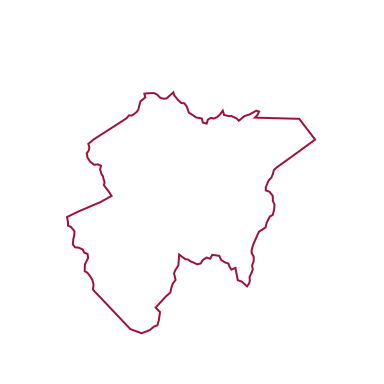 Santana de Mangueira, Paraíba, Brazil, rotated 332°
{"feature_id": "56859067B83956066000266", "entity_name": "Santana de Mangueira", "entity_type": "district", "adm_level": 2, "iso_a3": "BRA", "parent_name": "Brazil", "parent_adm1": "Paraíba", "projection": "orthographic", "projection_center": [-38.328, -7.628], "detail": "fine", "context": "isolated", "style": "outline", "palette": "rose", "viewbox_px": 384, "rotation_deg": 332, "n_neighbors": 0, "source": "geoboundaries", "source_scale": "gbopen_adm2", "svg_char_len": 2119}
<svg xmlns="http://www.w3.org/2000/svg" viewBox="0 0 384 384"><g transform="rotate(332 192 192)"><path d="M73.2,284.1L81.1,293.0L89.8,294.1L95.2,293.0L98.9,293.4L102.3,289.9L107.4,283.0L105.6,277.0L119.7,272.0L125.7,270.6L128.5,267.2L132.0,263.9L136.2,261.9L138.0,255.3L140.5,253.2L145.5,250.4L151.3,241.2L154.5,248.1L156.8,249.8L158.1,252.4L162.7,258.3L166.0,259.2L169.5,257.2L174.1,256.7L176.7,259.4L180.4,257.0L183.1,259.0L186.1,261.1L185.9,265.8L188.2,269.8L190.6,272.3L190.1,275.7L190.3,279.0L194.7,279.4L191.0,291.4L193.9,294.5L196.3,301.2L199.6,299.5L201.5,297.3L202.9,294.1L207.3,290.8L209.4,288.8L210.6,285.0L213.8,282.3L216.1,278.2L216.0,273.9L217.6,271.1L221.1,267.4L227.8,262.1L232.4,258.5L236.4,258.2L240.3,257.8L243.5,254.2L249.2,250.2L252.6,250.1L256.3,246.0L258.9,242.0L259.2,237.8L261.5,233.3L260.5,228.2L257.9,225.2L259.4,222.5L262.9,219.5L265.4,217.6L268.6,216.7L271.5,214.4L274.7,211.0L277.6,210.2L305.3,206.4L325.3,203.5L321.0,177.6L317.8,175.9L313.9,173.7L282.5,155.9L286.0,154.7L289.0,152.5L287.0,150.4L282.4,150.5L278.4,150.5L274.2,149.6L270.1,150.4L266.8,151.1L266.0,148.1L262.7,143.6L260.2,142.4L256.5,139.0L257.4,134.6L252.8,136.8L249.4,137.7L245.6,137.3L243.5,135.4L239.9,135.6L237.1,138.5L234.2,135.9L235.1,131.6L230.6,128.1L228.9,124.7L226.5,120.5L227.5,114.1L226.9,110.1L224.3,108.4L222.9,104.3L221.7,98.5L222.3,95.2L218.3,96.3L213.3,97.4L210.5,96.2L208.1,93.6L207.0,89.7L205.0,86.9L200.1,84.4L196.1,82.8L195.2,86.5L192.0,87.2L189.1,87.7L186.1,90.9L183.3,94.1L180.7,95.4L177.8,95.9L174.8,96.2L172.3,94.8L168.5,96.2L135.1,99.0L130.0,99.4L123.1,100.8L122.3,104.5L120.2,107.0L117.2,108.4L115.9,112.4L116.3,117.5L118.4,122.0L122.0,123.5L124.0,126.1L121.5,128.9L120.5,133.1L120.8,136.2L120.0,139.0L119.4,142.4L117.4,144.5L118.0,148.6L118.7,152.5L119.1,157.7L106.3,157.9L82.9,155.9L69.9,155.4L68.4,160.4L66.7,163.5L68.7,166.0L69.8,171.5L67.6,175.1L65.0,178.0L62.2,182.3L62.7,185.9L65.8,187.9L68.6,191.5L68.3,194.8L70.7,197.7L69.2,201.6L63.7,205.5L61.9,208.3L60.1,211.6L61.7,214.1L62.4,217.6L62.7,223.1L61.5,227.7L58.7,231.7L73.2,284.1Z" fill="none" stroke="#9f1239" stroke-width="2"/></g></svg>